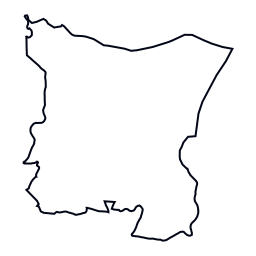 Kota Prabumulih, Sumatera Selatan, Indonesia
{"feature_id": "22746128B13695709263199", "entity_name": "Kota Prabumulih", "entity_type": "district", "adm_level": 2, "iso_a3": "IDN", "parent_name": "Indonesia", "parent_adm1": "Sumatera Selatan", "projection": "orthographic", "projection_center": [104.198, -3.455], "detail": "fine", "context": "isolated", "style": "outline", "palette": "ink", "viewbox_px": 256, "rotation_deg": 0, "n_neighbors": 0, "source": "geoboundaries", "source_scale": "gbopen_adm2", "svg_char_len": 5564}
<svg xmlns="http://www.w3.org/2000/svg" viewBox="0 0 256 256"><path d="M103.8,45.3L93.7,39.1L86.2,36.7L82.6,36.1L74.7,35.7L72.3,34.8L70.4,33.2L64.1,26.3L62.0,25.0L60.9,26.4L54.1,27.5L48.1,23.7L46.1,20.5L43.4,18.9L36.7,21.8L31.9,23.0L28.5,20.0L27.9,17.0L27.2,15.4L25.1,15.6L24.7,16.3L26.2,18.7L28.0,20.7L28.2,22.4L28.0,24.4L27.2,26.1L27.2,27.6L27.6,28.5L28.5,28.9L29.4,28.3L31.5,30.6L31.9,32.5L31.8,35.2L30.0,37.1L28.3,37.6L26.9,36.6L26.3,36.7L26.4,37.0L26.4,38.8L26.5,39.8L26.6,47.5L26.9,55.3L30.5,58.3L33.3,60.9L36.1,63.3L38.7,65.6L41.3,68.5L44.3,70.7L45.5,72.2L45.6,73.5L45.3,75.5L45.1,77.4L45.6,80.5L45.7,83.0L45.8,86.9L45.1,89.0L44.6,91.8L44.6,93.8L44.7,96.4L44.7,99.5L44.8,102.3L45.0,104.9L44.6,106.1L43.9,107.8L43.1,110.2L43.4,112.1L43.7,113.6L44.7,115.8L45.3,117.5L45.3,118.0L45.3,118.4L45.3,118.6L45.2,118.8L45.2,119.1L45.0,119.4L44.9,119.7L44.7,120.1L44.5,120.4L44.4,120.6L44.2,120.9L44.1,121.1L43.9,121.4L43.6,121.6L43.2,122.0L42.9,122.2L42.4,122.4L42.1,122.6L41.7,122.8L41.4,122.9L40.6,122.9L40.2,122.9L38.6,122.9L38.1,123.0L37.5,123.0L36.5,122.9L35.6,122.9L34.7,123.3L33.7,123.8L33.3,124.2L33.0,124.4L32.8,124.7L32.0,125.7L31.6,126.3L31.1,127.0L30.8,127.6L30.7,128.3L30.5,128.9L30.5,129.1L30.4,129.8L30.5,130.4L30.5,130.8L30.5,131.2L30.5,131.5L30.6,132.2L30.7,132.4L30.8,132.6L30.9,132.9L31.1,133.5L31.4,134.1L31.7,134.5L31.9,134.8L32.2,135.3L32.4,135.7L32.6,136.1L33.4,137.2L33.6,137.5L34.2,138.6L34.6,139.3L34.7,139.6L34.7,139.9L34.1,143.2L34.2,143.6L34.1,143.8L33.5,144.9L33.0,145.9L33.0,146.0L32.3,147.0L31.9,147.8L31.7,148.2L31.6,148.6L31.4,149.1L31.3,149.3L31.2,149.7L30.9,150.2L30.9,150.3L30.8,150.6L30.6,151.0L30.4,151.7L30.2,152.1L30.0,152.9L29.6,153.9L29.4,154.4L28.7,156.6L28.3,157.4L28.0,157.9L27.8,158.3L27.1,159.1L26.6,159.7L26.1,160.2L25.7,160.7L25.4,161.0L25.2,161.2L24.9,161.7L24.4,161.6L24.1,161.7L23.7,162.1L23.6,162.5L23.6,163.0L23.8,163.2L24.1,163.4L24.4,163.4L24.6,163.5L24.9,163.5L25.1,163.4L25.4,163.4L26.0,163.5L26.4,163.5L27.4,163.5L28.0,163.5L28.5,163.5L29.0,163.5L30.2,163.5L30.6,163.5L31.4,163.5L32.2,163.2L32.6,163.2L33.1,163.2L33.3,163.2L34.3,163.0L35.0,162.8L36.2,162.3L36.5,162.1L36.7,161.7L37.1,161.6L37.4,161.7L37.8,162.1L38.0,162.6L37.6,163.4L37.2,164.2L37.0,164.7L37.0,165.1L37.0,165.4L37.3,165.9L37.4,166.0L37.7,166.2L38.0,166.3L38.3,166.4L38.5,166.6L38.8,166.8L39.0,167.1L39.1,167.4L39.1,167.7L39.1,167.9L39.1,168.4L39.0,168.7L38.9,168.9L38.7,169.3L38.6,169.5L38.4,169.8L37.5,171.7L37.0,172.7L36.7,173.2L36.5,173.6L36.3,173.9L36.3,174.3L36.1,174.8L36.1,175.5L36.0,175.9L36.0,176.4L36.1,176.7L36.2,176.8L35.5,177.0L33.2,179.3L31.6,181.4L29.5,185.8L28.8,188.3L26.4,189.9L36.9,200.7L38.7,204.0L37.1,206.0L38.8,206.5L40.8,211.4L43.7,212.8L54.3,213.8L55.3,212.9L56.0,212.3L56.9,211.9L57.4,212.0L58.0,212.2L58.7,212.4L59.9,212.4L61.2,212.3L62.5,212.0L63.7,211.7L64.7,211.6L65.3,211.6L65.6,211.6L66.3,211.6L67.7,212.1L68.9,212.6L70.1,212.8L71.9,213.4L73.9,213.9L75.1,214.7L75.7,214.8L76.1,214.8L77.2,214.6L78.6,214.3L79.8,214.1L81.3,213.7L82.5,213.3L83.1,213.0L84.0,213.0L84.9,212.7L85.6,212.4L86.0,211.8L86.4,211.2L86.6,210.5L86.8,209.1L86.8,208.1L86.7,207.8L86.9,207.8L90.8,208.7L98.6,211.2L104.6,211.5L107.5,211.8L108.4,212.2L108.4,210.7L107.4,208.0L106.0,205.4L104.6,201.3L114.7,202.0L113.7,203.8L112.4,206.9L111.8,208.8L112.5,209.0L114.1,209.6L115.5,209.6L117.0,209.9L118.4,209.9L118.3,210.5L118.9,209.4L118.9,209.5L119.0,209.9L119.4,210.6L119.5,210.8L119.9,211.0L120.1,211.1L120.6,211.2L121.6,211.1L122.3,210.8L123.0,210.4L123.6,210.0L124.1,209.7L124.6,209.2L125.5,209.0L126.4,208.9L127.1,209.1L128.1,209.5L128.5,209.8L129.0,210.3L129.3,210.5L129.7,210.8L130.6,211.0L131.1,211.2L132.2,210.9L133.0,210.7L133.3,210.7L134.3,210.0L134.9,209.1L135.5,207.9L136.0,207.1L136.9,206.4L137.8,205.9L138.4,205.7L139.0,205.8L139.3,205.5L140.0,205.8L141.0,206.7L141.8,207.7L142.0,207.8L141.9,207.8L142.5,208.8L142.7,209.5L142.5,211.0L142.1,212.7L141.9,213.5L141.5,214.8L141.2,215.5L140.8,217.3L140.7,217.5L140.3,218.2L140.2,218.3L140.0,218.7L139.8,219.0L139.6,219.2L139.1,220.3L138.9,220.7L138.0,222.1L137.9,222.3L137.3,223.8L137.2,224.0L136.9,224.8L136.7,225.5L136.4,226.4L136.1,227.3L135.8,228.0L135.2,229.2L134.8,230.1L134.5,230.6L134.1,231.3L133.1,232.8L132.3,233.5L131.7,234.5L132.0,235.5L132.5,235.8L134.1,236.0L134.9,236.1L135.7,236.3L136.8,236.3L137.4,236.4L138.1,236.5L138.9,236.5L139.4,236.7L140.0,236.9L140.6,237.1L141.6,237.2L142.8,237.4L143.6,237.5L145.0,237.9L147.0,238.3L149.3,238.7L151.3,238.7L152.8,238.6L154.6,239.0L157.2,239.5L159.7,239.7L160.5,239.7L162.6,240.6L163.6,240.6L164.8,240.4L166.3,240.1L170.5,237.5L172.8,236.3L174.8,235.1L177.2,233.8L179.1,232.7L180.4,231.9L181.4,231.9L182.8,231.6L184.0,232.1L185.3,233.5L187.2,235.0L188.7,235.6L189.7,235.7L191.0,235.3L191.8,234.9L191.9,232.9L191.3,230.9L191.1,229.7L190.5,227.9L190.6,226.2L190.9,224.6L191.9,223.0L193.8,221.2L195.3,219.7L196.3,218.1L197.2,216.7L197.7,214.9L198.3,212.9L198.2,211.1L198.2,210.4L198.3,210.4L198.1,208.9L197.8,207.0L197.3,205.2L196.4,203.6L195.3,201.9L194.7,200.4L194.6,198.4L194.8,196.7L195.3,194.9L195.6,194.0L195.4,192.1L195.7,190.4L196.2,188.1L196.5,186.3L197.1,184.4L197.1,182.6L195.8,180.7L191.4,176.2L190.1,174.7L189.7,173.8L188.7,172.3L187.9,170.1L187.5,168.8L187.1,168.9L182.5,164.5L180.0,159.3L179.7,156.6L179.8,150.5L181.8,146.7L183.4,142.5L188.0,136.8L195.5,136.2L198.5,113.5L202.5,101.6L216.6,75.1L226.0,61.0L232.4,48.8L222.6,47.0L211.7,43.6L203.6,40.2L192.2,34.9L184.6,34.8L172.3,40.5L168.3,42.1L152.6,47.0L137.2,50.2L131.2,50.8L124.6,48.7L108.1,45.7L103.8,45.3Z" fill="none" stroke="#020617" stroke-width="2"/></svg>